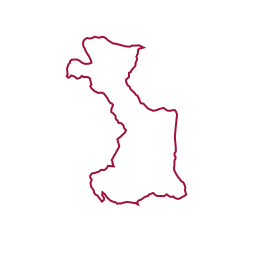 Gália, São Paulo, Brazil (Natural Earth projection), rotated 123°
{"feature_id": "56859067B22371947902737", "entity_name": "Gália", "entity_type": "district", "adm_level": 2, "iso_a3": "BRA", "parent_name": "Brazil", "parent_adm1": "São Paulo", "projection": "natural_earth1", "projection_center": [-49.584, -22.325], "detail": "fine", "context": "isolated", "style": "outline", "palette": "rose", "viewbox_px": 256, "rotation_deg": 123, "n_neighbors": 0, "source": "geoboundaries", "source_scale": "gbopen_adm2", "svg_char_len": 3142}
<svg xmlns="http://www.w3.org/2000/svg" viewBox="0 0 256 256"><g transform="rotate(123 128 128)"><path d="M64.7,195.6L64.9,197.9L65.9,199.8L67.8,201.1L68.7,202.9L69.5,205.6L71.7,206.8L73.1,208.0L74.2,209.6L74.9,211.5L76.6,212.2L78.8,212.8L80.8,212.2L82.2,211.3L84.0,209.6L85.0,207.4L86.1,206.1L87.5,203.4L88.6,201.0L89.5,199.1L90.5,197.6L91.5,195.9L93.2,194.2L95.4,195.8L97.6,198.9L98.2,201.5L98.0,205.4L98.2,207.7L100.0,210.6L101.3,212.3L103.0,213.0L105.0,212.2L107.1,212.7L109.5,212.0L111.8,211.2L113.2,210.0L114.7,208.8L116.3,207.7L117.8,207.7L118.4,205.5L116.8,204.5L114.9,204.3L114.2,202.1L114.1,199.5L114.5,197.7L113.4,196.6L111.6,195.4L109.4,195.1L109.5,193.0L108.1,191.1L107.2,189.1L107.1,186.8L108.6,185.6L110.1,184.0L111.5,182.3L113.5,182.4L114.6,180.3L115.0,177.9L115.4,175.8L115.0,174.0L114.9,172.2L113.5,170.5L112.4,168.7L112.4,166.4L113.2,164.2L114.4,161.2L115.6,159.3L116.6,156.6L116.2,154.8L117.0,153.0L118.7,152.7L121.6,152.1L123.8,150.6L123.7,148.7L124.6,145.2L126.3,143.9L127.3,142.6L127.5,140.7L128.9,138.9L127.7,136.3L128.2,133.4L130.3,131.2L130.9,128.4L134.0,128.1L135.4,128.6L137.9,129.1L139.8,129.6L141.2,130.1L143.3,130.8L148.0,125.4L149.8,125.1L153.4,124.9L156.0,124.6L158.9,124.6L161.2,124.3L163.8,124.2L164.7,122.6L166.1,121.8L167.9,119.0L170.6,124.2L172.4,123.9L175.2,124.4L176.6,125.6L177.7,127.8L180.3,128.6L183.1,130.8L185.9,133.6L188.8,133.6L190.3,132.6L191.0,130.3L192.5,129.9L194.8,129.4L196.4,127.8L197.5,126.5L198.4,124.3L199.3,122.4L200.5,121.6L201.5,119.3L201.3,116.8L202.0,115.1L202.9,112.7L203.9,109.8L201.5,109.1L199.8,109.8L198.3,113.2L195.8,114.4L196.1,111.5L197.3,108.7L198.1,105.5L198.4,103.5L198.0,100.5L197.0,97.6L197.4,95.7L196.0,94.4L195.1,92.6L193.7,91.7L192.2,90.2L190.6,88.7L189.5,86.4L188.4,84.1L187.8,82.5L186.9,80.8L186.7,78.0L185.1,79.9L182.8,79.5L180.9,78.0L179.2,77.3L177.1,76.6L175.3,75.3L173.9,74.1L172.5,74.2L170.5,72.8L168.8,71.6L169.3,68.9L169.2,66.8L168.2,65.0L167.0,63.3L165.7,60.7L162.6,59.5L162.8,56.3L162.3,54.1L160.8,52.8L161.1,50.4L160.2,47.2L158.3,45.9L156.1,44.8L154.1,43.6L152.1,43.0L150.7,44.6L149.1,46.5L147.2,47.1L145.3,49.0L143.5,52.0L143.6,54.8L142.7,56.7L142.0,59.2L141.2,60.7L140.5,62.4L139.6,63.9L138.3,66.2L136.2,67.8L134.4,68.6L132.1,69.9L130.1,71.3L128.0,71.4L126.6,72.2L125.6,74.1L124.1,75.1L121.6,75.1L117.7,77.8L111.5,82.7L108.7,84.6L107.0,85.4L102.6,87.8L99.6,89.3L90.0,94.2L88.2,96.5L87.5,98.6L89.0,100.6L90.5,101.8L91.9,104.3L92.0,107.1L91.8,109.2L93.0,110.2L95.1,112.2L96.7,113.2L98.5,114.7L100.0,116.6L100.2,118.6L100.7,120.6L100.7,122.4L100.0,125.1L99.2,128.3L100.2,130.6L99.6,132.2L97.5,134.4L96.9,136.0L95.8,137.3L95.9,139.3L95.0,141.7L94.4,145.1L94.1,146.9L92.6,149.0L92.2,151.9L90.1,155.0L88.4,156.0L86.5,155.4L84.8,155.0L83.1,156.0L81.2,157.3L79.5,156.1L77.5,156.5L74.8,156.1L71.7,155.7L69.3,157.1L66.6,157.5L65.1,158.0L63.8,159.7L61.5,160.2L59.8,160.4L57.4,162.0L55.5,161.9L54.1,160.6L52.1,158.8L52.4,161.2L52.6,163.8L53.9,165.3L54.8,166.6L55.9,168.3L56.8,169.6L58.7,170.6L60.2,173.2L61.3,175.9L62.2,178.6L63.0,181.1L63.5,182.8L64.2,184.6L65.2,186.4L65.3,189.2L65.3,193.1L64.7,195.6Z" fill="none" stroke="#9f1239" stroke-width="2"/></g></svg>